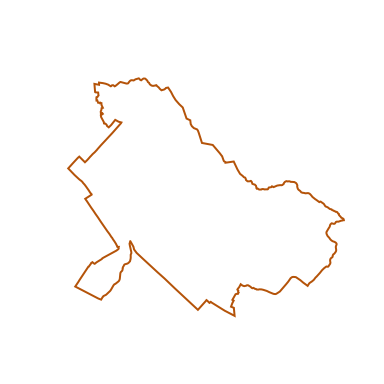 outline of Greci, Tulcea, Romania, rotated 344°
{"feature_id": "2599482B78570250363817", "entity_name": "Greci", "entity_type": "district", "adm_level": 2, "iso_a3": "ROU", "parent_name": "Romania", "parent_adm1": "Tulcea", "projection": "mercator", "projection_center": [28.252, 45.183], "detail": "fine", "context": "isolated", "style": "outline", "palette": "amber", "viewbox_px": 384, "rotation_deg": 344, "n_neighbors": 0, "source": "geoboundaries", "source_scale": "gbopen_adm2", "svg_char_len": 5971}
<svg xmlns="http://www.w3.org/2000/svg" viewBox="0 0 384 384"><g transform="rotate(344 192 192)"><path d="M75.0,270.4L77.2,268.3L77.8,268.1L78.2,267.6L79.0,267.5L81.1,267.1L86.1,264.5L87.1,263.7L90.8,260.1L92.0,259.3L93.0,259.2L96.4,257.8L97.3,257.3L97.9,256.7L98.6,255.7L100.8,250.2L101.5,249.4L103.2,248.4L103.6,247.9L104.4,246.4L104.3,246.1L105.1,245.0L105.6,244.6L106.9,243.2L107.6,243.0L110.3,243.0L111.5,242.6L113.3,241.5L114.5,239.4L115.0,238.2L115.7,235.7L115.9,235.2L116.7,234.3L116.9,233.8L117.1,233.0L117.5,226.4L117.7,224.5L118.0,224.0L118.3,223.6L118.8,223.3L119.0,221.6L120.6,228.4L120.5,231.3L122.0,235.3L126.5,242.8L136.9,259.9L141.7,267.5L149.0,280.0L165.2,306.9L175.2,300.6L176.1,299.9L176.6,300.5L178.2,303.4L178.7,303.3L179.6,302.7L179.8,302.8L180.4,303.7L181.4,304.8L190.8,315.2L198.8,322.8L200.3,314.9L197.9,313.0L200.2,309.9L202.1,307.9L201.1,306.8L205.7,302.3L206.6,302.2L207.3,302.3L208.0,302.6L209.0,301.6L208.9,301.5L209.0,301.4L208.8,300.9L208.9,300.3L209.3,299.8L209.3,299.5L208.7,298.4L209.2,297.8L211.1,296.5L213.4,294.1L214.6,295.7L215.9,296.7L216.3,296.9L217.8,297.0L218.4,297.0L219.2,296.8L220.1,297.1L220.5,297.4L222.2,299.3L222.5,299.9L223.2,300.9L223.7,301.2L224.6,301.1L225.5,302.0L225.9,302.5L226.8,302.9L227.2,303.5L228.9,304.1L229.9,304.1L232.0,304.8L233.6,305.7L236.6,307.7L238.6,309.5L241.9,312.1L242.7,312.6L244.0,313.1L245.0,313.1L249.0,311.9L257.2,306.5L259.8,304.7L263.1,302.0L264.8,301.4L265.9,301.5L267.8,302.2L268.5,302.6L271.9,306.7L273.8,309.6L277.3,314.1L279.4,312.2L280.2,311.8L282.7,311.0L284.9,310.0L287.3,308.2L288.2,307.8L292.7,305.0L295.5,303.0L298.1,301.6L300.5,300.7L300.8,300.7L302.0,301.3L302.5,301.2L305.1,299.0L305.6,298.0L305.8,296.2L306.0,295.6L306.2,295.1L306.8,294.3L307.8,293.7L308.9,293.4L309.4,292.8L309.8,291.8L310.5,291.0L311.8,290.5L313.3,289.4L314.1,288.6L314.4,288.1L314.7,287.1L315.0,284.8L315.2,284.2L315.6,283.5L316.5,282.4L316.6,281.8L316.7,281.4L316.3,280.4L316.0,280.0L315.1,279.1L313.9,278.3L313.0,277.4L312.5,276.7L311.9,275.6L311.3,273.8L310.3,271.9L310.1,271.2L309.8,269.2L310.0,268.1L310.3,267.5L310.9,266.9L313.2,264.7L314.5,263.6L314.9,263.2L315.5,262.0L316.2,261.3L317.3,260.7L317.7,260.6L319.3,261.6L320.2,261.8L320.8,261.6L322.1,260.5L323.1,260.4L324.6,260.9L327.3,260.7L329.3,260.9L329.9,260.8L330.2,260.9L330.3,260.1L330.1,259.5L329.9,259.2L329.2,258.7L329.0,258.3L328.4,257.8L328.1,256.9L327.1,255.0L327.0,254.8L327.1,253.5L326.5,253.0L326.1,251.5L325.3,250.8L324.6,250.6L324.0,249.8L323.2,249.3L323.0,248.9L321.7,248.0L321.4,247.2L319.8,246.3L318.7,244.8L318.2,244.1L317.1,243.2L316.4,242.7L316.1,242.0L315.5,239.9L315.1,239.3L313.0,236.7L312.6,236.6L311.6,236.8L309.3,233.8L308.5,232.9L306.4,229.9L305.8,228.4L305.0,226.7L304.4,225.9L303.7,225.3L303.1,225.0L300.6,224.5L299.3,223.7L298.4,223.4L297.0,222.5L296.2,220.7L295.1,219.3L294.7,218.3L294.6,217.8L294.6,216.2L294.7,215.5L295.1,214.6L294.8,212.8L294.5,212.1L293.2,210.7L291.1,209.9L289.6,209.4L288.9,208.7L287.6,208.3L286.8,208.2L285.8,207.6L285.4,207.6L284.1,207.9L283.0,208.6L282.4,209.4L282.1,209.7L281.7,209.7L280.8,210.2L279.6,210.1L278.7,209.7L275.7,209.3L271.8,209.8L270.9,208.9L270.4,208.6L269.8,209.2L267.0,208.9L265.9,210.1L265.4,210.3L263.8,209.8L262.6,209.6L261.7,209.0L260.2,208.5L259.3,208.7L257.2,208.1L256.7,207.6L256.1,206.8L255.3,206.8L255.2,206.6L255.0,206.2L255.2,205.4L255.1,204.8L255.2,204.2L255.2,203.6L254.4,202.2L253.1,201.4L252.3,200.8L252.2,198.6L251.7,197.6L251.4,197.5L251.1,197.7L249.5,197.4L248.3,197.0L247.2,195.3L247.3,194.3L247.1,192.9L245.9,192.0L245.2,190.6L243.2,187.8L241.9,182.8L240.5,174.2L232.3,173.1L232.5,172.5L231.5,171.6L231.2,171.1L231.1,170.7L230.8,165.9L230.7,165.8L229.4,162.4L224.9,152.5L215.1,147.6L214.8,137.0L214.6,134.5L214.1,133.2L211.4,131.1L210.0,128.7L209.5,126.3L210.1,122.6L207.0,119.9L206.4,108.2L204.0,104.2L201.6,99.1L200.3,94.6L199.4,90.0L197.8,85.0L195.7,84.8L194.7,85.4L193.4,85.8L190.7,85.8L189.4,83.8L188.9,82.4L187.5,80.4L187.2,79.5L186.8,79.4L186.2,79.6L185.3,79.4L184.0,79.3L183.0,78.9L182.1,78.2L181.8,77.7L181.3,77.1L181.1,76.7L180.8,75.2L180.3,74.6L179.9,74.0L179.7,72.5L179.0,71.4L178.5,70.4L178.2,70.1L177.5,69.8L176.7,69.6L176.1,69.7L173.9,70.6L173.2,70.0L172.3,68.2L172.2,68.1L168.7,68.1L166.7,68.7L165.9,68.3L164.4,67.8L163.6,67.9L162.9,68.2L161.8,68.9L160.6,69.9L159.8,69.9L158.9,69.7L153.9,66.7L153.4,66.5L152.2,66.9L150.1,67.9L147.5,69.0L146.8,69.1L145.8,67.7L145.2,67.5L144.4,67.4L143.5,67.9L143.1,68.0L142.6,67.5L141.0,65.7L138.8,64.1L136.4,62.8L132.8,61.2L132.2,63.3L128.0,61.2L126.4,69.2L126.5,69.4L126.7,69.6L129.2,70.5L128.8,72.9L128.8,73.4L128.7,73.5L128.4,73.6L127.7,74.2L127.4,74.5L126.9,74.5L126.8,74.8L126.6,74.9L126.2,74.8L125.7,76.3L125.4,77.7L126.2,77.8L126.2,78.8L126.3,79.1L126.4,80.4L128.3,80.8L128.2,81.4L129.4,81.6L129.2,82.7L129.0,83.6L129.5,86.5L128.2,86.5L127.7,87.8L126.4,89.6L126.1,91.3L127.4,91.3L127.8,92.3L125.5,93.1L125.3,94.9L126.4,99.9L126.5,100.3L126.3,101.8L126.5,102.1L127.2,102.1L127.8,102.7L128.4,103.8L128.5,104.2L128.5,104.8L128.6,105.2L129.8,106.9L132.8,105.3L138.1,101.5L140.8,104.2L143.3,105.7L142.7,106.3L131.9,113.2L117.1,122.1L112.9,124.8L112.4,125.2L109.4,127.0L106.9,128.2L105.3,129.2L103.9,130.0L101.6,131.5L99.8,132.6L97.3,133.9L93.4,126.9L91.7,127.7L85.6,131.4L79.5,135.2L83.8,143.3L87.0,148.6L88.2,150.3L88.6,150.7L89.4,152.1L89.8,153.3L90.8,155.3L91.6,157.4L93.2,162.0L94.0,164.7L94.9,166.6L94.8,166.9L87.5,169.1L87.9,170.4L88.3,171.4L90.8,179.3L92.0,182.7L93.2,186.5L94.6,190.5L96.1,195.3L99.8,206.3L101.0,209.4L102.2,213.3L102.6,214.0L102.8,215.0L103.5,217.2L103.7,217.6L104.7,221.1L104.7,221.6L105.2,223.4L105.0,223.7L105.0,224.0L105.4,224.4L106.4,224.6L106.0,225.2L106.1,225.7L106.0,226.0L105.5,226.6L103.2,227.5L88.8,230.7L87.4,231.1L86.8,231.6L80.8,233.3L78.7,234.2L77.8,233.4L77.2,232.4L76.9,232.0L76.3,232.3L75.9,232.3L75.6,232.4L75.5,232.7L72.0,235.4L71.7,235.3L59.6,245.6L58.1,247.0L53.7,250.7L72.6,268.6L75.0,270.4Z" fill="none" stroke="#b45309" stroke-width="2"/></g></svg>